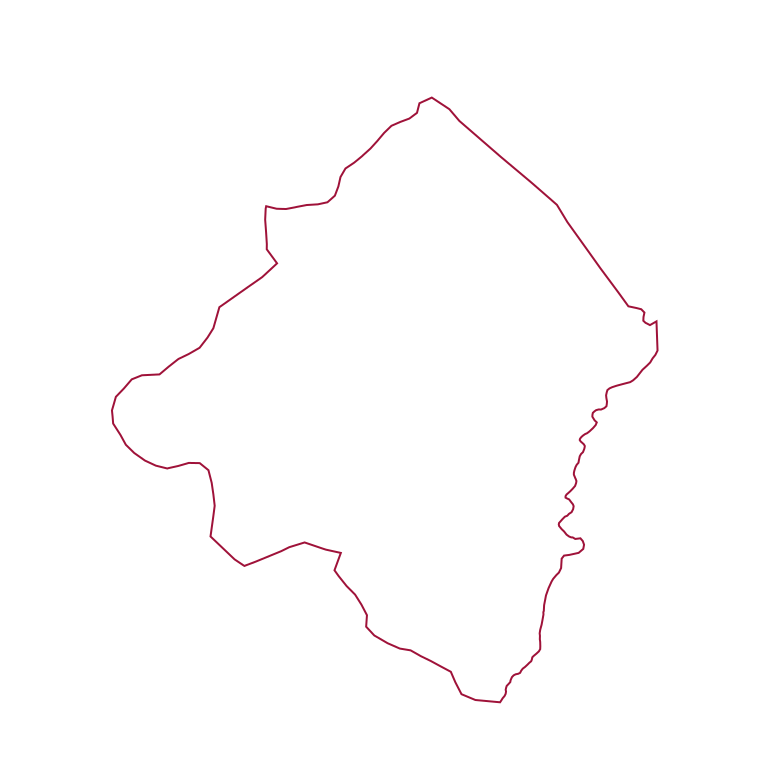 outline of Bani Al Awam, Hajjah, Yemen, rotated 282°
{"feature_id": "15242507B30221832933741", "entity_name": "Bani Al Awam", "entity_type": "district", "adm_level": 2, "iso_a3": "YEM", "parent_name": "Yemen", "parent_adm1": "Hajjah", "projection": "albers", "projection_center": [43.596, 15.581], "detail": "fine", "context": "isolated", "style": "outline", "palette": "rose", "viewbox_px": 768, "rotation_deg": 282, "n_neighbors": 0, "source": "geoboundaries", "source_scale": "gbopen_adm2", "svg_char_len": 3606}
<svg xmlns="http://www.w3.org/2000/svg" viewBox="0 0 768 768"><g transform="rotate(282 384 384)"><path d="M198.8,246.0L181.4,274.3L177.0,285.2L183.4,295.2L199.1,318.2L204.7,325.3L212.5,339.3L210.2,358.7L209.9,361.6L209.8,376.9L191.5,374.3L186.4,379.9L186.1,380.3L178.6,389.4L172.0,399.5L163.5,407.8L154.3,415.4L142.9,417.0L136.0,426.8L132.6,437.2L131.2,441.4L128.5,454.5L129.0,465.4L126.3,474.0L125.5,476.4L122.8,487.3L119.6,498.1L116.4,509.2L107.1,515.8L96.7,524.3L93.9,539.1L96.8,563.7L98.8,564.5L101.3,565.4L103.9,566.8L106.2,567.4L108.6,567.3L110.2,566.6L112.2,566.6L114.2,566.8L116.3,568.1L118.7,569.5L120.4,569.4L121.5,569.6L123.9,570.1L126.0,571.4L127.4,573.1L128.5,575.6L129.8,577.2L132.1,577.8L134.4,578.9L136.6,580.8L139.3,582.7L141.5,584.1L143.4,585.6L145.2,585.9L147.5,585.9L149.1,586.9L152.0,589.2L154.7,591.1L156.9,591.8L157.1,591.9L160.0,591.4L164.2,590.4L166.7,589.5L170.1,588.9L172.5,588.1L176.0,587.9L178.0,588.0L181.3,588.2L185.7,588.1L191.7,587.9L194.0,587.3L195.2,587.5L201.0,586.6L206.8,586.5L210.9,586.4L211.6,586.5L218.5,587.4L225.7,589.0L228.6,590.0L232.9,592.3L235.9,594.3L240.8,595.5L250.1,594.1L253.6,595.8L255.4,600.9L259.3,609.5L264.1,613.2L268.4,613.1L271.7,611.1L273.9,608.2L272.2,603.3L273.2,600.4L272.9,599.0L273.3,596.8L274.6,593.9L277.2,590.8L279.0,587.9L281.5,584.8L281.9,584.7L282.8,584.2L284.4,584.1L286.5,585.3L288.8,586.6L291.8,588.5L293.3,590.7L295.4,591.9L297.6,594.1L300.8,595.0L301.3,595.0L303.9,594.9L305.5,593.9L306.1,593.2L307.3,591.7L309.6,589.1L310.1,586.8L310.6,585.2L312.0,584.9L313.8,585.5L315.5,586.8L317.7,588.4L320.7,590.3L324.0,592.1L327.0,592.5L329.1,592.4L331.2,591.1L331.5,590.8L333.0,589.8L334.7,588.6L336.6,588.2L338.9,588.2L342.6,588.6L345.1,589.3L347.4,590.6L349.8,590.5L351.9,590.5L354.0,590.5L356.5,591.3L358.7,592.8L362.3,593.4L364.2,593.4L365.1,593.3L366.5,592.1L367.7,590.1L368.7,588.3L369.9,587.1L371.0,587.1L372.3,587.6L373.5,588.3L375.1,589.5L376.9,591.2L378.0,592.8L380.3,594.8L384.3,597.6L387.9,599.6L390.7,600.1L390.9,599.8L392.2,597.6L394.8,595.1L395.4,594.6L397.2,594.3L399.2,594.3L400.8,595.4L401.4,595.9L402.5,596.9L403.7,599.2L404.1,601.3L404.2,601.7L406.2,604.5L407.1,605.2L408.5,606.2L410.6,606.1L413.2,605.8L413.9,605.5L416.6,604.4L419.1,603.6L422.2,603.6L424.5,603.8L426.6,605.5L428.3,607.8L430.4,611.4L431.0,612.5L433.7,617.8L437.0,624.4L439.4,626.9L443.5,629.9L447.4,631.8L451.7,633.9L456.3,637.2L460.4,639.9L464.9,641.4L468.9,643.4L473.6,644.6L501.9,637.5L496.9,631.9L497.9,628.4L498.2,627.1L499.8,624.5L503.5,623.9L508.0,623.9L510.6,620.1L510.8,615.3L510.8,606.9L522.1,594.4L542.2,571.6L556.6,555.9L580.5,529.7L595.2,515.9L602.9,502.1L612.0,485.7L630.3,451.3L657.0,403.0L666.4,390.8L674.1,371.2L666.0,360.3L656.1,359.9L648.9,353.6L643.7,345.4L638.1,337.6L629.6,331.9L622.7,328.2L620.4,327.0L611.5,321.8L603.5,316.0L602.3,315.2L594.8,309.2L594.3,308.8L586.8,301.5L577.4,298.4L576.6,298.4L567.8,298.3L558.0,296.8L550.0,290.9L546.0,282.0L543.0,271.2L539.1,261.9L538.4,260.4L534.8,251.8L533.9,247.0L533.1,242.5L533.4,231.8L531.0,231.8L520.0,233.6L508.0,237.1L496.5,240.3L491.4,241.3L479.8,254.3L475.2,251.1L463.2,242.6L450.8,231.0L424.9,207.0L403.1,205.5L392.7,201.7L381.1,196.1L372.6,186.6L365.8,177.8L364.4,176.6L356.1,169.7L351.2,165.9L346.7,162.4L342.2,145.4L336.1,136.3L325.5,130.5L315.7,124.4L308.3,123.9L301.6,123.4L296.0,125.2L289.0,127.3L279.4,136.8L270.9,144.1L264.6,154.0L259.4,166.1L256.7,177.8L256.3,189.6L256.9,190.7L261.0,199.7L265.2,207.6L266.2,209.4L268.3,220.2L263.2,230.2L251.5,236.0L246.9,237.7L240.7,240.0L229.7,243.7L218.5,244.6L198.8,246.0Z" fill="none" stroke="#9f1239" stroke-width="2"/></g></svg>